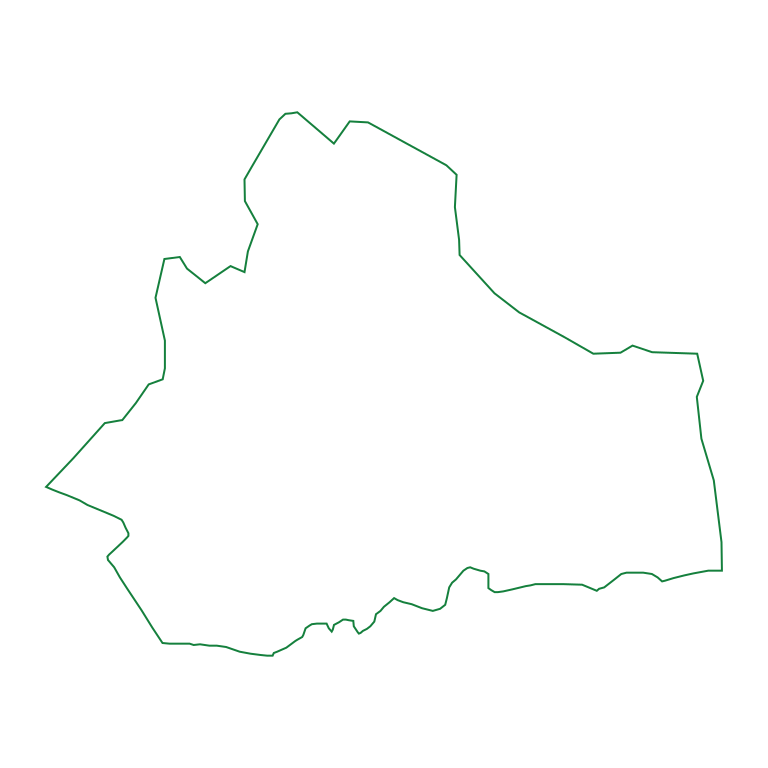 Al-Hai, Wasit, Iraq
{"feature_id": "34846034B47380320671203", "entity_name": "Al-Hai", "entity_type": "district", "adm_level": 2, "iso_a3": "IRQ", "parent_name": "Iraq", "parent_adm1": "Wasit", "projection": "mercator", "projection_center": [45.957, 32.179], "detail": "fine", "context": "isolated", "style": "outline", "palette": "green", "viewbox_px": 768, "rotation_deg": 0, "n_neighbors": 0, "source": "geoboundaries", "source_scale": "gbopen_adm2", "svg_char_len": 2255}
<svg xmlns="http://www.w3.org/2000/svg" viewBox="0 0 768 768"><path d="M162.5,643.0L169.9,643.7L173.3,643.7L179.5,643.7L183.5,643.7L189.7,643.7L193.7,645.0L200.0,644.3L209.6,645.7L217.0,645.7L226.1,647.0L239.7,651.7L250.5,653.7L260.7,655.0L267.5,655.7L272.6,655.7L273.8,653.0L277.2,651.7L281.7,649.7L286.3,647.7L295.3,641.0L297.4,639.7L302.2,637.0L303.3,635.0L305.6,628.3L309.5,625.6L311.8,624.2L316.9,623.6L322.0,623.6L326.6,623.6L328.8,628.3L331.7,631.6L332.8,629.6L334.0,624.9L339.1,622.2L343.0,619.6L345.9,619.6L348.7,620.2L353.3,620.9L353.8,626.3L357.8,632.3L358.9,633.6L360.6,632.9L362.9,630.9L366.9,628.9L370.3,626.3L374.3,621.6L376.0,614.2L380.5,610.9L383.9,606.8L389.6,602.2L394.1,598.1L397.6,600.1L403.2,602.2L411.7,604.2L422.0,608.2L432.8,610.9L440.1,608.8L445.2,604.8L446.9,598.1L449.2,587.4L452.1,582.7L456.0,579.4L463.4,570.7L467.4,568.0L470.2,567.3L473.6,568.7L480.4,570.7L484.4,571.4L488.4,574.0L488.4,580.1L488.4,588.1L491.2,590.1L494.6,592.1L498.1,592.1L503.2,591.4L512.2,589.4L525.9,586.1L530.4,585.4L535.5,584.1L538.4,584.1L544.6,584.1L550.9,584.1L562.2,584.1L582.1,584.7L587.2,586.8L594.4,589.8L596.8,590.8L599.1,588.8L604.2,587.4L614.5,579.4L621.3,574.0L626.4,572.7L633.8,572.7L643.4,572.7L651.9,574.0L657.6,577.4L662.1,581.4L665.0,580.7L673.5,578.1L684.3,575.4L693.4,573.4L708.1,570.7L717.8,570.7L721.9,570.7L721.9,568.8L721.5,542.2L713.8,480.4L701.4,438.7L696.8,396.9L703.2,380.8L697.2,353.7L652.1,352.2L632.5,345.6L620.5,352.7L593.3,353.7L564.3,337.1L519.2,312.4L494.5,293.3L459.6,255.0L459.1,239.9L454.9,207.1L456.6,174.8L446.4,165.3L368.0,122.4L349.7,121.4L336.3,140.3L333.9,143.6L297.3,112.3L291.4,113.3L285.4,113.8L279.4,119.4L252.0,166.4L244.5,179.4L244.9,201.1L257.7,224.2L247.9,251.4L244.5,272.1L230.5,266.1L205.3,283.2L187.0,268.6L179.8,257.0L164.4,259.0L155.5,297.8L164.9,340.6L164.9,368.3L162.7,379.3L148.7,384.4L135.9,403.0L122.3,420.1L120.2,420.4L104.8,423.1L73.7,457.8L74.2,457.3L46.1,486.9L52.3,489.6L59.1,492.3L66.5,495.0L79.6,500.4L87.5,505.0L113.6,515.8L121.6,519.8L123.3,522.5L125.6,527.8L128.4,533.2L128.4,535.9L127.3,537.2L122.7,541.9L114.8,549.3L109.1,554.6L107.4,556.6L108.0,560.0L114.2,567.3L119.9,577.4L127.3,588.8L141.5,610.2L152.3,627.6L162.5,643.0Z" fill="none" stroke="#15803d" stroke-width="2"/></svg>